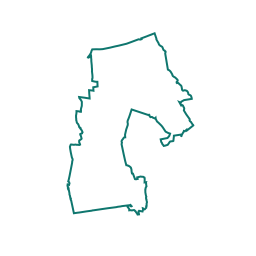 outline of Forasti, Suceava, Romania, rotated 199°
{"feature_id": "2599482B48678951772867", "entity_name": "Forasti", "entity_type": "district", "adm_level": 2, "iso_a3": "ROU", "parent_name": "Romania", "parent_adm1": "Suceava", "projection": "mercator", "projection_center": [26.455, 47.372], "detail": "fine", "context": "isolated", "style": "outline", "palette": "teal", "viewbox_px": 256, "rotation_deg": 199, "n_neighbors": 0, "source": "geoboundaries", "source_scale": "gbopen_adm2", "svg_char_len": 5690}
<svg xmlns="http://www.w3.org/2000/svg" viewBox="0 0 256 256"><g transform="rotate(199 128 128)"><path d="M133.7,226.2L141.9,219.3L144.6,217.1L144.1,216.4L144.9,215.8L145.2,215.6L146.9,215.3L154.8,208.8L156.8,207.2L163.8,202.7L166.5,201.1L167.6,200.4L171.2,198.1L177.5,194.4L178.4,194.0L180.9,193.0L183.2,192.3L186.1,191.2L187.4,190.7L187.6,188.8L187.5,187.9L187.5,186.8L187.7,185.8L188.1,184.1L188.8,182.3L188.9,181.8L188.9,181.7L188.2,181.7L186.8,183.5L186.4,184.1L186.0,183.2L185.9,182.8L185.4,181.7L184.8,180.4L184.6,179.6L182.7,175.5L181.7,173.0L181.5,172.7L180.6,170.3L180.5,170.0L180.5,169.8L179.0,166.7L178.7,166.0L178.1,164.5L177.8,163.5L177.9,163.0L177.6,161.9L177.2,160.8L175.9,160.9L174.2,161.1L172.9,161.4L172.0,161.7L170.3,157.4L174.1,155.2L172.8,152.0L173.6,151.9L177.1,151.1L175.7,147.6L174.5,144.9L173.9,143.4L177.2,142.8L178.5,142.6L184.3,141.4L183.7,140.4L181.6,139.1L180.3,137.9L180.1,137.6L179.1,134.5L178.9,133.9L178.8,132.9L178.8,132.1L178.6,130.2L178.0,128.9L177.8,128.0L178.6,127.8L178.7,128.0L182.2,127.2L181.7,125.7L181.4,124.3L181.2,122.9L180.4,120.7L179.8,119.6L179.6,118.7L178.9,117.8L178.3,116.7L177.7,116.1L176.5,115.5L175.4,114.4L174.5,113.1L174.3,112.9L174.0,112.9L173.9,112.7L173.6,112.6L173.4,112.4L173.0,112.6L172.8,112.5L172.7,112.4L172.7,111.9L172.4,111.8L172.1,111.4L171.2,110.9L171.0,110.7L170.4,110.1L169.6,109.2L169.8,108.5L169.7,108.0L171.2,106.8L171.2,106.7L170.9,106.0L170.2,105.5L169.3,104.2L168.4,102.8L168.4,102.7L168.6,102.2L169.2,101.4L169.7,100.7L170.0,100.3L170.0,100.1L169.6,98.8L169.3,98.3L168.9,98.0L168.5,97.4L168.2,97.2L167.9,96.7L168.5,96.1L169.9,95.8L171.1,95.4L172.1,95.3L173.7,94.5L175.0,94.2L176.4,93.9L176.7,93.7L176.8,92.4L176.8,91.3L176.3,90.3L175.8,89.3L174.1,86.2L171.5,81.9L170.3,80.6L170.0,79.9L169.9,79.2L169.9,78.4L169.5,76.8L167.6,63.3L167.2,59.8L167.1,58.0L166.0,57.6L165.6,57.0L165.3,56.6L165.3,55.9L165.2,55.1L166.7,55.0L166.6,54.4L166.5,53.9L166.1,53.3L166.0,53.0L165.6,52.5L165.2,52.5L165.1,52.3L165.0,52.1L165.3,51.9L165.3,51.6L165.0,51.3L164.7,51.1L164.4,51.2L164.3,50.8L164.4,50.3L164.2,50.2L164.0,50.3L163.8,50.2L162.1,47.2L161.6,45.9L161.0,45.3L160.9,45.2L160.6,44.6L160.0,43.7L159.9,43.2L159.3,42.9L159.2,42.7L159.2,42.4L158.9,42.3L158.9,42.1L158.9,41.7L158.5,41.2L158.1,40.9L151.4,29.8L147.7,31.7L146.8,32.1L140.0,35.7L135.6,37.9L134.4,38.7L133.7,39.0L120.9,45.6L113.4,49.3L111.8,50.3L109.7,51.3L108.2,52.2L101.2,55.6L100.8,56.0L100.7,56.1L100.3,55.9L99.7,55.4L99.2,55.3L99.1,55.2L99.3,55.0L100.0,54.9L100.9,55.4L102.5,54.5L103.2,54.1L103.3,53.9L102.5,53.1L101.6,52.6L100.7,51.9L100.4,51.5L100.1,51.1L100.0,50.6L99.3,50.9L98.5,51.2L98.1,51.2L97.4,51.4L95.8,52.3L95.3,52.4L94.6,52.1L94.3,51.8L93.9,51.8L92.7,50.8L91.7,50.2L90.8,49.3L89.5,49.9L90.9,52.5L90.6,53.3L87.6,53.7L87.1,53.8L87.2,54.8L87.1,55.4L87.2,55.8L87.8,56.9L87.5,56.9L86.7,55.9L85.6,56.7L85.3,57.7L84.8,58.5L85.0,59.4L85.3,59.8L85.0,60.0L85.0,60.3L85.8,62.6L85.9,64.0L86.1,64.4L86.9,65.5L87.1,66.1L87.2,66.3L87.8,66.8L87.9,67.0L87.9,67.4L88.4,68.4L88.3,69.0L88.8,69.6L89.3,70.4L89.4,70.6L89.6,70.9L90.0,71.7L90.5,72.5L91.4,74.9L91.4,75.2L91.7,75.7L91.6,76.2L91.8,76.9L91.8,77.2L91.8,77.7L91.6,78.5L91.5,78.8L92.4,80.4L92.8,81.4L93.3,82.4L93.3,82.6L94.6,81.9L95.6,85.2L96.1,86.3L96.3,86.5L96.7,86.4L97.2,86.7L97.8,86.8L99.1,86.4L100.3,86.2L103.2,84.3L102.3,83.0L104.4,81.7L104.3,81.4L108.4,86.4L108.6,86.5L109.2,86.2L109.4,86.3L110.2,87.6L111.4,90.2L112.0,90.9L112.4,91.5L112.8,91.7L113.8,92.1L114.9,92.4L115.4,92.3L115.8,92.5L116.4,92.4L116.9,92.5L117.5,92.3L119.8,95.7L123.5,101.7L128.8,110.6L129.0,112.3L129.6,112.9L129.8,114.0L129.5,115.2L129.1,116.2L128.9,117.2L128.7,117.6L128.4,118.0L127.6,118.3L128.6,120.6L129.0,124.1L129.2,126.0L129.2,129.9L129.2,130.6L129.5,131.8L129.9,132.6L130.4,133.4L130.5,133.8L130.7,135.2L130.6,136.1L130.5,138.5L130.5,141.3L130.6,146.7L112.9,146.9L112.4,147.4L112.0,147.2L111.4,146.3L110.6,145.7L110.3,145.6L110.1,145.6L109.4,146.1L108.5,146.2L108.0,145.9L105.9,145.8L105.5,145.7L105.2,146.5L104.8,145.7L104.5,145.4L103.0,143.9L102.6,143.6L102.2,143.4L101.3,143.1L97.1,141.1L95.4,140.0L91.4,136.9L91.2,136.8L90.5,136.7L88.6,136.4L86.4,136.4L86.4,136.1L86.4,133.9L87.4,131.4L92.7,128.3L93.4,127.9L92.9,127.1L92.2,125.9L91.8,125.4L91.2,125.0L91.0,124.9L90.2,123.9L89.5,123.5L88.9,123.2L88.4,122.7L87.3,123.3L85.0,125.0L84.5,126.6L84.0,128.5L83.7,129.0L81.1,130.3L80.9,130.6L81.4,132.8L81.9,135.1L82.1,135.7L75.8,139.0L75.8,138.8L75.2,138.1L75.0,137.7L74.9,137.7L74.8,137.8L74.8,138.1L74.9,138.5L74.9,138.8L74.6,140.6L74.2,142.5L74.2,143.4L73.2,143.4L72.0,145.5L71.5,144.8L67.1,151.7L67.4,152.1L68.3,152.5L69.0,153.1L69.6,153.5L70.4,154.2L71.1,154.4L71.7,154.7L72.3,155.3L72.4,155.7L72.5,156.4L77.3,159.8L80.9,162.8L81.1,164.4L81.3,165.0L83.4,167.1L83.9,167.3L84.5,167.3L84.6,166.5L84.4,166.0L87.9,169.2L86.6,169.1L86.3,169.2L86.2,170.2L84.1,172.6L77.2,176.3L77.5,177.0L78.5,178.4L79.1,179.0L79.5,179.2L79.8,179.3L81.0,179.3L82.1,179.8L82.4,180.6L82.8,181.1L83.2,181.5L83.7,181.9L84.6,182.3L85.8,182.3L86.4,182.2L87.0,182.0L88.1,181.2L88.5,181.3L89.0,181.5L89.3,181.8L89.6,182.3L89.9,182.9L91.0,184.8L91.4,185.2L92.1,185.6L93.0,185.9L94.1,186.4L94.6,186.7L95.3,186.9L95.8,186.8L96.3,186.4L96.7,186.6L97.0,187.3L96.4,188.9L96.6,189.3L97.0,189.8L99.6,191.0L100.2,191.2L101.1,191.3L102.6,191.8L103.0,192.2L103.4,192.7L103.5,193.0L106.1,195.2L107.1,195.7L107.8,196.0L109.3,196.2L117.1,210.6L117.2,212.2L117.4,212.5L117.5,212.5L117.9,212.5L118.2,212.9L118.4,213.1L119.4,213.2L120.0,213.5L121.0,214.7L121.4,215.2L122.0,215.8L122.6,216.0L124.3,216.3L124.9,216.6L125.5,216.8L126.0,217.2L126.5,217.8L126.8,218.2L129.8,220.8L130.1,221.2L130.2,221.7L133.7,226.2Z" fill="none" stroke="#0f766e" stroke-width="2"/></g></svg>